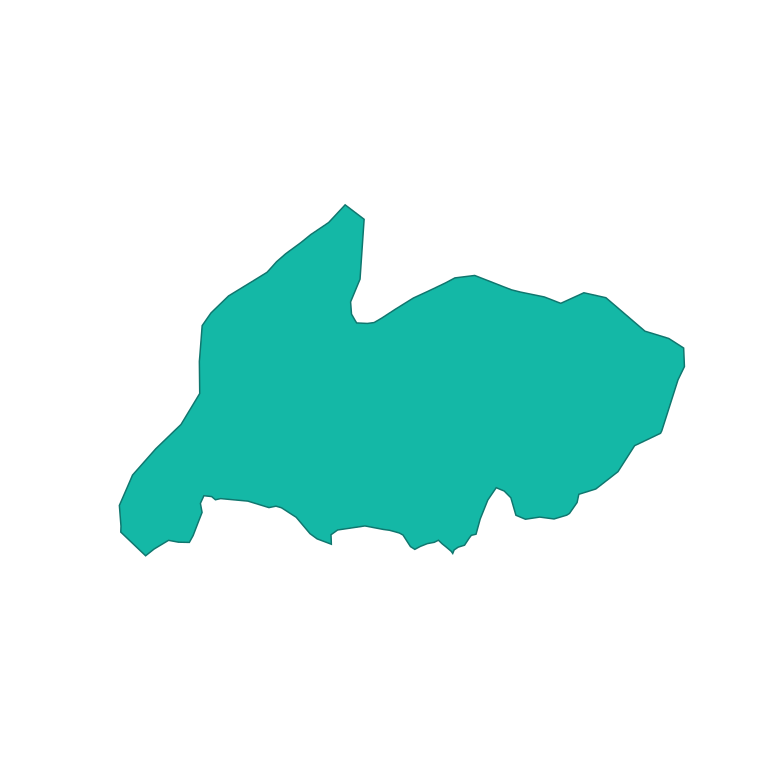 outline of Ogbadibo, Benue, Nigeria, rotated 72°
{"feature_id": "59680162B26648923761656", "entity_name": "Ogbadibo", "entity_type": "district", "adm_level": 2, "iso_a3": "NGA", "parent_name": "Nigeria", "parent_adm1": "Benue", "projection": "natural_earth1", "projection_center": [7.68, 7.022], "detail": "fine", "context": "isolated", "style": "filled", "palette": "teal", "viewbox_px": 768, "rotation_deg": 72, "n_neighbors": 0, "source": "geoboundaries", "source_scale": "gbopen_adm2", "svg_char_len": 1619}
<svg xmlns="http://www.w3.org/2000/svg" viewBox="0 0 768 768"><g transform="rotate(72 384 384)"><path d="M438.0,678.1L443.5,680.1L473.7,663.8L469.9,653.6L466.1,637.2L470.9,628.4L474.5,618.1L469.2,612.4L457.6,603.0L449.9,596.7L440.8,595.5L434.6,589.8L437.8,582.7L442.0,580.1L442.5,574.8L453.3,549.7L466.0,531.6L466.8,524.5L470.0,519.8L483.6,508.7L503.5,500.6L510.6,495.5L520.1,483.6L517.1,482.7L511.0,481.0L508.5,473.2L513.1,446.0L522.1,429.6L524.8,424.0L527.6,419.7L530.5,415.4L533.5,412.6L546.8,409.1L550.8,405.8L549.7,399.7L549.2,392.1L550.1,385.1L549.4,380.5L553.9,378.1L558.2,375.3L563.7,371.9L566.4,371.0L563.5,368.6L562.1,363.8L562.2,357.2L557.0,350.7L554.9,347.7L555.3,342.9L542.1,334.2L526.4,321.1L517.3,309.3L522.9,302.8L531.4,298.5L549.6,299.1L556.3,291.3L558.7,277.0L564.9,264.0L565.2,250.7L564.4,247.6L556.4,237.0L549.1,232.8L549.3,215.0L539.7,188.6L520.1,164.7L516.3,136.2L514.4,134.3L470.9,103.1L460.3,92.9L442.4,87.9L428.7,99.1L414.4,119.5L370.5,146.3L359.0,165.7L361.9,190.9L360.1,193.2L355.8,198.4L350.7,204.7L338.8,225.7L333.8,233.7L327.6,241.3L322.5,247.5L308.8,264.2L305.0,283.8L306.9,294.6L309.4,313.5L311.3,329.5L316.3,349.8L320.6,365.7L322.5,374.4L321.3,381.0L317.5,391.1L314.7,391.8L307.5,393.3L295.6,390.4L276.9,374.4L221.2,352.0L201.6,365.6L210.8,382.2L213.3,386.7L219.2,407.3L223.9,419.6L225.6,424.7L228.2,432.7L229.8,437.4L234.5,448.4L238.7,455.6L241.6,460.7L243.8,469.6L252.2,504.6L262.9,526.5L272.3,538.9L300.2,550.4L305.4,552.6L336.1,562.2L359.8,589.6L363.6,597.5L375.1,621.1L392.9,651.3L398.4,656.1L417.7,673.2L438.0,678.1Z" fill="#14b8a6" stroke="#0f766e" stroke-width="1.5"/></g></svg>